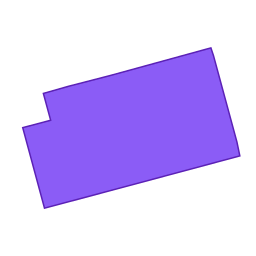 Frontier, Nebraska, United States of America (Natural Earth projection), rotated 165°
{"feature_id": "52423323B47045621610047", "entity_name": "Frontier", "entity_type": "district", "adm_level": 2, "iso_a3": "USA", "parent_name": "United States of America", "parent_adm1": "Nebraska", "projection": "natural_earth1", "projection_center": [-100.43, 40.525], "detail": "fine", "context": "isolated", "style": "filled", "palette": "violet", "viewbox_px": 256, "rotation_deg": 165, "n_neighbors": 0, "source": "geoboundaries", "source_scale": "gbopen_adm2", "svg_char_len": 316}
<svg xmlns="http://www.w3.org/2000/svg" viewBox="0 0 256 256"><g transform="rotate(165 128 128)"><path d="M27.2,72.1L26.4,86.3L26.7,175.8L27.2,183.9L32.0,183.9L131.6,183.3L174.6,183.7L200.8,183.3L200.7,155.5L229.6,155.6L229.4,72.2L168.0,72.1L27.2,72.1Z" fill="#8b5cf6" stroke="#5b21b6" stroke-width="1.5"/></g></svg>